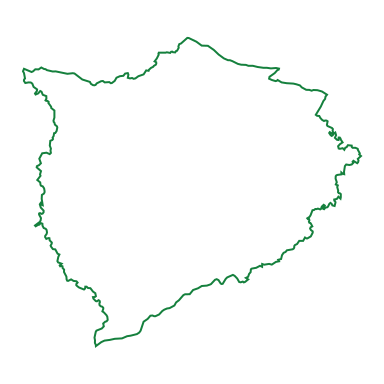 outline of Normandia, Roraima, Brazil
{"feature_id": "56859067B69420104555391", "entity_name": "Normandia", "entity_type": "district", "adm_level": 2, "iso_a3": "BRA", "parent_name": "Brazil", "parent_adm1": "Roraima", "projection": "mercator", "projection_center": [-60.024, 3.837], "detail": "fine", "context": "isolated", "style": "outline", "palette": "green", "viewbox_px": 384, "rotation_deg": 0, "n_neighbors": 0, "source": "geoboundaries", "source_scale": "gbopen_adm2", "svg_char_len": 5811}
<svg xmlns="http://www.w3.org/2000/svg" viewBox="0 0 384 384"><path d="M95.9,346.1L101.3,342.1L104.5,340.6L109.8,339.9L114.8,338.8L122.0,338.4L127.1,336.2L130.5,335.7L136.9,334.1L139.2,332.6L140.6,330.7L143.6,321.7L147.7,318.9L150.4,315.7L152.5,315.5L154.1,316.2L155.4,316.2L159.1,314.5L162.3,311.0L164.2,309.7L167.0,308.5L169.6,308.1L174.4,305.5L176.1,302.4L178.9,300.3L183.4,295.1L185.0,294.3L189.7,294.2L193.1,290.0L198.0,288.3L201.8,286.0L206.9,285.6L209.9,284.6L211.0,284.1L215.0,279.8L216.7,279.2L218.5,280.1L220.7,283.5L221.6,284.0L222.7,283.8L225.7,278.9L227.2,277.4L232.9,274.9L234.6,275.8L237.2,278.5L239.2,282.0L240.7,282.3L242.8,281.6L243.8,282.4L245.1,281.9L248.2,279.4L245.9,277.9L248.1,276.8L249.1,273.9L250.6,272.2L250.9,269.3L251.8,268.6L256.2,267.8L260.0,265.8L262.1,266.8L262.2,264.0L264.2,264.7L269.1,263.9L271.8,264.6L275.9,261.9L279.0,261.3L278.2,259.8L281.1,259.0L282.0,255.2L283.6,252.8L285.5,252.0L286.9,250.3L292.6,249.3L293.6,248.7L294.2,247.7L294.3,246.0L294.9,245.1L297.1,244.0L299.2,240.9L303.1,240.9L305.0,237.5L306.4,238.4L307.4,238.4L310.8,236.4L312.7,232.7L312.7,231.4L310.9,230.0L310.1,228.6L310.6,227.3L312.3,226.4L311.1,224.0L310.4,223.0L309.4,222.8L308.9,221.7L309.4,220.3L309.1,219.1L307.9,219.1L307.3,218.3L309.5,216.9L310.5,215.4L312.5,210.2L314.0,210.0L315.3,209.0L316.7,209.1L317.9,208.6L320.2,209.4L321.0,208.9L321.8,206.6L323.7,204.8L324.8,205.6L324.3,206.5L323.3,206.9L322.8,207.9L323.2,208.9L324.1,209.2L325.4,207.6L327.2,207.3L328.0,206.6L329.3,203.9L330.4,202.9L331.6,203.8L332.4,205.4L334.6,206.0L335.5,202.4L335.2,201.4L334.3,200.7L334.2,199.5L336.9,198.9L338.4,196.7L340.5,198.7L340.8,197.3L340.8,194.1L339.9,193.3L338.7,193.1L338.0,192.1L338.2,190.7L337.2,187.0L337.8,185.4L335.8,184.5L336.8,182.2L335.6,178.7L335.7,176.3L336.4,175.3L337.5,174.9L341.4,174.4L341.4,172.5L343.0,173.9L344.2,174.2L344.0,171.9L344.9,166.1L346.2,164.5L349.3,165.0L351.7,164.5L353.3,162.9L352.6,161.8L353.4,160.8L357.2,163.2L358.1,162.2L358.5,160.4L357.8,158.9L361.0,156.0L359.2,154.4L359.8,153.3L358.0,150.1L357.7,148.8L355.4,147.8L352.6,147.8L351.8,147.0L351.7,145.6L347.9,145.2L346.6,147.2L345.3,147.7L344.3,149.8L342.7,148.2L339.9,148.8L338.7,148.5L338.1,146.2L339.9,144.2L342.6,142.4L340.7,139.5L340.5,138.5L339.7,137.5L338.7,137.5L338.5,140.0L337.0,139.8L334.9,137.8L336.1,135.2L335.3,132.5L334.2,133.2L332.5,135.5L331.6,135.9L330.6,135.1L329.2,133.0L329.8,132.1L331.8,133.4L333.2,132.6L332.6,130.6L332.9,129.1L332.0,128.0L327.5,126.0L326.9,124.9L327.6,121.3L326.6,120.6L325.1,120.5L324.0,121.0L322.1,119.9L320.3,117.9L319.3,116.0L317.1,115.8L315.8,114.8L320.8,106.6L323.4,101.0L325.1,98.9L325.5,96.6L327.0,94.7L322.0,91.5L317.5,90.2L313.5,90.0L311.6,90.7L309.4,89.9L306.2,89.8L301.8,87.4L299.9,85.4L296.4,84.3L293.4,83.6L286.7,83.2L281.6,82.4L277.6,80.0L276.8,80.8L275.6,81.1L271.9,80.0L269.1,78.7L269.5,76.8L274.7,73.1L277.3,70.2L278.7,69.6L279.0,68.6L276.0,68.0L270.9,68.4L266.9,67.8L263.4,67.8L257.7,67.0L252.8,65.8L248.4,65.8L245.9,64.9L241.2,64.7L237.9,63.9L232.3,61.1L229.9,60.2L228.0,60.2L223.9,58.4L218.6,54.5L213.9,50.0L207.9,45.8L201.7,45.6L196.4,41.7L188.7,38.0L187.3,37.9L181.0,43.5L179.3,44.1L178.4,46.4L178.7,47.8L177.1,50.7L176.0,51.1L175.2,52.4L172.9,52.2L172.2,51.6L171.1,51.8L170.2,52.9L166.8,52.3L165.5,52.7L158.8,52.7L158.4,53.8L158.7,54.7L156.8,58.5L154.6,61.4L156.2,62.2L156.3,63.6L155.8,64.7L153.8,65.9L153.2,66.8L151.0,67.9L149.0,69.7L148.6,70.8L146.2,70.4L143.6,74.4L138.4,76.2L135.4,78.4L133.6,78.8L132.1,78.0L130.0,78.4L127.8,77.8L128.4,74.6L127.8,73.1L125.1,73.6L123.4,75.8L119.9,76.2L116.5,77.7L114.7,80.9L111.9,83.0L110.8,83.2L109.3,82.1L104.7,82.4L102.9,81.0L101.1,81.2L96.7,83.4L95.6,84.9L94.4,85.3L92.9,85.1L90.9,83.8L89.9,81.9L82.3,79.5L74.5,73.5L72.8,73.2L67.4,73.8L55.7,71.4L52.7,71.5L46.8,70.1L45.6,69.2L44.1,69.0L41.3,67.5L38.6,69.4L35.3,69.3L33.1,71.3L31.6,72.0L24.0,68.8L23.0,71.3L24.0,73.1L25.0,78.5L24.1,79.5L23.9,80.9L25.3,83.0L28.6,82.4L30.8,82.5L32.3,83.6L33.6,86.9L37.1,89.4L36.9,91.0L35.0,93.5L35.6,94.5L38.2,93.4L40.2,91.0L41.5,91.7L42.8,94.8L46.3,96.1L46.4,98.5L45.5,100.4L46.3,100.9L47.5,100.9L48.7,102.0L48.4,103.0L51.1,106.7L51.3,108.1L54.4,110.5L54.4,117.6L53.5,120.6L53.7,121.9L54.4,122.6L54.9,124.6L57.0,126.4L57.3,127.5L56.6,131.0L55.3,133.0L54.1,133.2L53.6,136.1L52.6,137.7L53.0,139.0L52.3,140.0L50.3,140.8L49.8,145.6L50.9,148.6L50.5,150.7L50.9,152.9L49.7,154.1L46.5,152.7L42.2,153.3L39.3,158.7L40.9,163.3L39.1,165.1L36.9,166.2L36.7,167.4L41.0,171.1L40.0,174.4L40.5,175.8L37.3,180.0L40.2,182.4L40.5,184.8L41.0,185.7L42.8,186.4L44.1,188.4L44.6,191.2L44.5,192.5L43.8,193.7L41.9,194.9L41.7,198.9L42.7,205.2L41.8,204.8L40.7,203.0L39.8,204.3L40.8,207.6L43.6,210.6L43.6,212.2L42.7,213.5L41.7,213.9L40.0,213.1L39.1,213.5L39.1,214.6L41.0,218.1L40.6,220.5L39.8,221.9L35.0,225.5L35.7,226.3L37.9,225.0L39.4,224.6L40.2,223.6L41.1,223.2L42.4,223.7L42.5,225.7L43.7,228.0L45.7,228.8L46.6,230.0L47.0,232.4L46.6,234.0L45.2,235.9L45.1,237.0L46.3,238.9L48.3,238.1L49.4,238.2L49.7,240.4L51.8,242.5L51.7,243.7L50.6,245.6L51.1,246.7L52.9,249.1L55.3,249.4L57.6,253.7L59.4,254.5L58.3,256.9L57.4,261.1L58.1,262.4L61.6,263.7L59.7,265.4L60.2,266.3L61.6,265.9L62.5,266.3L62.6,268.0L64.1,269.6L64.0,272.0L66.4,276.6L66.6,279.4L67.2,280.7L68.1,280.9L71.1,279.4L73.5,280.9L76.5,281.3L77.6,282.6L76.3,284.1L76.3,285.2L77.2,286.1L79.0,287.5L84.0,289.5L85.1,288.5L85.3,286.7L86.6,286.7L88.0,288.0L90.4,288.2L93.0,291.6L95.3,293.2L95.9,296.2L94.8,297.0L93.0,297.1L93.4,298.6L95.8,301.1L96.9,301.3L98.6,300.2L99.6,300.9L99.9,302.1L99.4,303.4L99.5,305.0L100.6,306.2L102.2,306.7L103.2,307.7L103.3,308.8L102.4,311.4L103.8,312.3L106.5,315.2L107.3,316.7L107.7,319.9L106.6,321.3L105.2,321.7L103.2,323.5L103.8,326.4L101.8,328.5L96.5,330.6L95.8,331.7L94.5,337.6L95.0,340.3L94.9,342.9L95.8,344.8L95.9,346.1Z" fill="none" stroke="#15803d" stroke-width="2"/></svg>